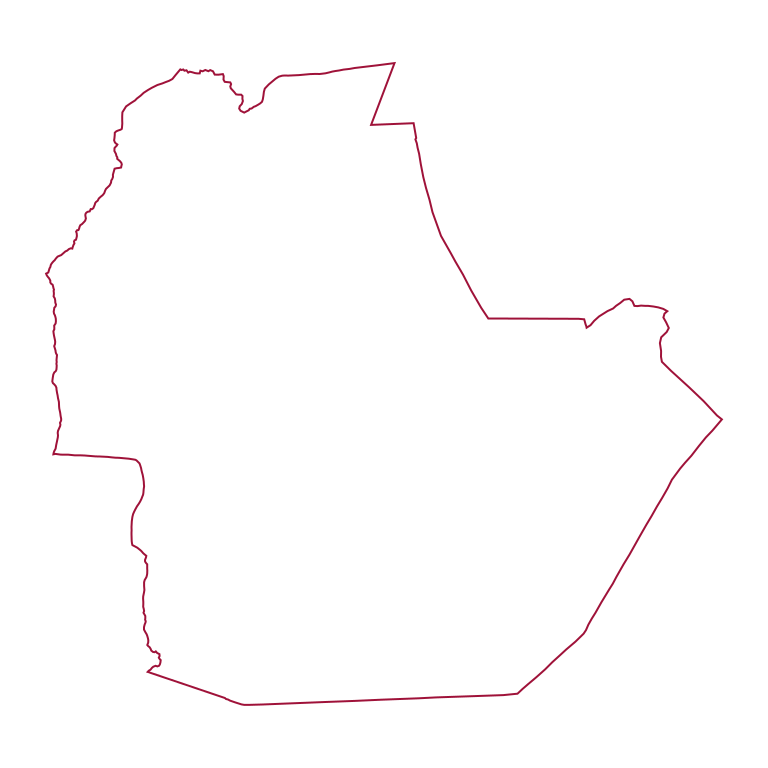 the district of Kiri Vong, Takêv, Cambodia
{"feature_id": "14789045B7964460179399", "entity_name": "Kiri Vong", "entity_type": "district", "adm_level": 2, "iso_a3": "KHM", "parent_name": "Cambodia", "parent_adm1": "Takêv", "projection": "mercator", "projection_center": [104.745, 10.65], "detail": "fine", "context": "isolated", "style": "outline", "palette": "rose", "viewbox_px": 768, "rotation_deg": 0, "n_neighbors": 0, "source": "geoboundaries", "source_scale": "gbopen_adm2", "svg_char_len": 5898}
<svg xmlns="http://www.w3.org/2000/svg" viewBox="0 0 768 768"><path d="M51.0,283.6L52.6,284.7L53.1,286.4L53.5,288.3L54.0,289.7L53.6,290.9L53.8,292.2L53.9,294.0L53.6,296.4L54.8,298.4L55.2,300.4L55.3,302.6L56.0,304.6L55.6,306.3L54.3,307.8L54.1,309.4L53.7,311.6L54.0,313.6L54.9,315.3L55.4,316.9L55.8,318.7L55.9,321.4L55.6,323.5L54.2,325.6L54.3,327.6L54.3,329.3L53.4,331.2L53.6,333.1L54.0,335.6L54.5,337.9L55.0,340.3L55.2,341.8L55.0,344.1L54.2,346.1L55.5,350.5L55.7,352.2L56.1,353.5L57.0,355.0L56.7,358.0L56.5,360.3L56.7,362.0L56.4,363.8L56.7,365.4L56.6,367.5L56.4,369.7L55.7,371.2L54.3,372.4L53.3,374.5L52.7,378.2L52.3,381.4L52.9,383.1L54.1,384.2L55.6,385.9L56.4,387.7L56.5,389.5L57.1,393.1L57.6,395.4L58.0,398.1L58.9,401.9L59.1,406.6L59.3,408.6L60.2,412.8L60.6,415.9L61.2,419.0L61.1,420.6L60.0,422.9L60.4,424.7L60.1,426.2L59.1,428.4L58.0,430.9L57.7,432.9L58.0,435.4L57.8,437.4L56.9,441.8L56.2,445.0L55.6,448.7L54.3,451.0L53.7,452.7L53.4,454.3L55.4,453.9L60.6,454.6L63.7,454.7L68.5,454.7L74.4,455.3L79.7,455.3L84.5,455.5L90.7,456.0L95.6,456.4L99.8,456.5L107.7,456.9L112.1,457.4L115.5,457.7L118.9,457.8L125.5,458.4L128.8,458.7L133.9,459.5L135.5,459.8L136.6,460.5L139.5,463.4L140.2,465.3L141.1,468.2L141.4,469.9L141.9,472.0L142.7,474.9L143.3,478.2L143.8,481.8L143.9,484.0L144.1,486.3L143.7,489.1L143.4,492.8L143.1,494.7L142.2,496.9L141.4,499.0L140.1,501.6L138.7,503.9L137.0,506.3L135.2,509.6L134.1,511.8L133.1,514.1L132.4,516.9L131.8,521.2L131.5,527.0L131.6,530.3L131.5,532.6L131.5,534.4L131.6,537.9L131.7,541.0L132.0,543.5L132.4,545.1L134.9,546.4L137.3,547.7L139.8,549.7L141.3,551.0L143.2,553.2L144.8,554.6L146.3,555.8L146.0,557.4L145.0,560.0L145.1,561.6L146.1,563.1L147.2,564.3L147.2,568.8L147.3,570.4L147.2,573.6L147.0,574.9L146.5,576.9L145.8,578.2L144.7,580.0L144.1,582.2L144.1,584.5L144.1,586.0L144.4,590.0L144.0,592.5L143.2,596.4L143.1,598.5L143.3,601.9L143.3,604.0L143.2,606.8L143.7,608.7L144.1,611.0L143.5,612.8L144.6,614.7L145.3,616.0L145.3,618.3L145.1,619.6L145.7,621.2L145.5,622.5L144.7,624.4L144.0,627.1L144.0,629.6L145.5,632.4L146.6,634.2L147.2,635.7L148.0,638.5L148.3,640.3L148.2,642.6L147.3,645.0L148.2,646.1L149.6,647.2L150.6,648.8L151.3,650.6L153.1,652.0L154.7,652.2L155.8,651.4L157.2,653.0L159.4,654.1L159.6,656.0L158.8,657.7L159.8,659.2L160.7,660.1L160.4,662.5L159.9,664.3L159.1,665.7L157.4,666.4L155.6,665.8L153.3,666.7L151.9,667.9L150.5,669.7L148.8,670.7L147.7,671.9L224.9,698.0L226.0,699.0L228.0,699.5L230.0,700.6L235.2,702.4L239.3,703.7L241.5,704.4L244.4,704.9L248.1,704.9L262.4,704.5L325.3,702.0L354.9,700.9L381.4,699.7L418.6,698.3L436.2,697.4L474.8,696.1L503.4,695.1L517.5,693.7L522.6,688.9L528.5,683.8L536.0,677.5L545.1,669.4L552.3,662.2L559.8,655.4L566.2,649.5L575.5,641.6L583.6,633.7L586.0,630.1L588.4,624.6L591.8,618.6L595.5,612.7L601.5,602.1L609.4,589.1L612.8,583.7L616.4,576.9L623.5,564.4L629.5,554.6L639.7,536.4L646.5,524.5L651.6,516.0L656.9,506.6L662.1,498.0L667.6,488.4L671.9,479.7L680.2,468.5L685.0,462.8L691.4,455.7L698.9,446.0L705.9,437.4L712.3,430.7L721.9,419.4L717.0,415.5L703.7,401.2L688.9,387.1L671.1,370.9L661.9,361.8L661.0,356.8L661.1,351.0L659.9,343.1L661.2,337.3L666.7,332.0L668.8,328.0L666.1,322.3L663.4,317.5L664.5,313.6L667.3,311.2L663.3,308.9L658.3,307.4L653.4,306.5L648.4,305.9L645.7,305.9L641.1,305.6L637.4,306.1L634.4,305.9L632.4,301.3L629.5,298.9L624.2,299.7L620.2,303.0L616.1,305.8L613.1,308.5L607.5,311.1L599.1,316.4L594.2,320.8L590.5,325.2L586.6,327.7L586.3,326.2L585.6,324.4L584.2,319.3L578.5,318.8L488.3,318.5L481.2,307.8L471.2,290.5L463.0,274.6L455.4,261.6L450.8,253.2L441.0,235.9L432.5,212.2L429.5,199.8L426.0,187.9L423.3,177.1L420.8,164.2L419.1,153.7L417.6,147.8L416.8,143.3L415.4,139.3L416.2,138.0L413.6,123.2L371.1,124.9L394.5,63.1L377.4,65.3L354.6,68.0L349.7,68.9L343.5,69.6L339.0,70.5L335.5,71.0L332.2,71.6L329.7,72.3L325.5,73.3L321.4,73.8L319.6,74.0L315.5,73.9L310.0,74.1L299.0,75.1L288.3,75.6L284.6,75.5L282.1,75.7L278.7,76.7L275.6,78.7L268.8,84.4L264.8,88.6L263.9,91.8L263.4,95.8L262.8,99.4L262.0,101.8L260.2,103.4L258.3,104.6L255.5,106.2L253.8,106.8L251.6,108.5L249.7,108.8L248.7,110.3L246.5,111.4L244.2,112.6L240.6,110.8L239.2,108.6L239.7,106.3L241.8,104.0L242.9,101.0L242.4,98.9L242.5,96.0L241.2,94.7L238.5,94.7L236.1,94.4L234.1,91.9L230.8,88.3L230.3,86.4L231.1,84.1L230.3,82.4L228.2,82.2L226.1,82.0L224.7,81.8L223.5,79.6L223.7,76.1L222.9,74.1L218.4,74.7L214.7,74.6L213.0,71.3L210.2,70.1L208.4,71.2L205.3,70.0L202.6,71.3L200.4,70.7L199.7,73.4L197.3,73.4L195.1,73.1L192.0,72.2L189.8,71.7L188.2,72.6L186.5,70.3L184.4,70.7L183.3,69.5L181.4,70.0L180.3,69.4L175.6,75.0L172.4,79.0L169.1,80.8L165.6,82.1L162.4,83.4L157.4,85.0L151.8,87.8L148.0,90.0L143.7,92.8L140.7,95.6L136.8,98.6L135.1,100.4L130.7,103.2L126.1,106.4L122.4,112.3L122.2,116.2L122.2,120.4L122.3,123.5L122.0,127.5L121.8,128.9L120.6,129.7L117.9,130.6L116.3,131.3L114.8,132.7L114.7,135.5L114.4,138.5L114.1,140.3L114.9,142.4L115.8,143.4L117.4,144.5L116.7,145.7L115.5,146.9L114.5,148.1L114.4,151.0L116.0,154.0L116.4,155.9L117.3,157.3L117.2,158.8L120.0,161.2L121.3,162.8L121.8,164.4L121.4,165.9L121.1,167.5L118.8,168.0L116.6,168.2L114.6,168.7L113.5,172.6L112.9,174.8L113.0,176.9L112.2,179.1L111.3,180.4L111.0,182.7L109.6,185.4L106.0,188.9L105.1,190.7L104.3,193.0L103.3,194.4L102.4,195.4L101.2,196.3L98.8,198.5L97.7,200.7L96.0,202.0L95.2,203.1L94.7,204.9L93.3,208.2L91.9,209.2L90.7,209.1L89.7,211.4L87.6,211.8L86.3,212.7L85.6,213.7L85.3,215.0L85.6,217.1L85.9,218.4L85.2,220.6L84.4,221.6L82.1,224.0L80.3,225.2L79.6,226.7L79.0,228.9L78.4,230.1L77.1,230.2L76.1,231.6L76.7,233.3L76.9,236.0L76.6,237.4L76.0,239.7L74.6,240.3L74.0,241.5L74.4,243.5L73.6,244.7L72.7,247.1L72.3,248.6L70.8,248.3L68.9,249.1L67.2,250.6L65.4,251.4L61.2,255.1L59.2,255.9L57.6,256.6L55.8,258.6L54.7,260.2L53.5,261.3L52.6,262.3L51.5,263.7L50.8,265.0L50.3,267.1L49.5,268.4L48.3,272.5L46.1,273.6L46.8,275.4L48.2,277.3L49.1,278.3L50.3,280.6L50.3,282.4L51.0,283.6Z" fill="none" stroke="#9f1239" stroke-width="2"/></svg>